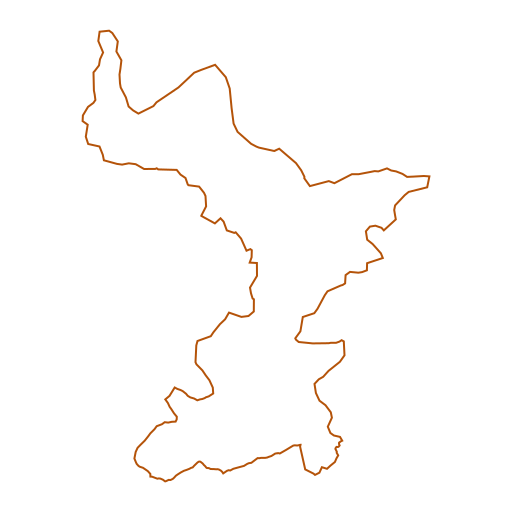 Buruku, Benue, Nigeria
{"feature_id": "59680162B99039921741080", "entity_name": "Buruku", "entity_type": "district", "adm_level": 2, "iso_a3": "NGA", "parent_name": "Nigeria", "parent_adm1": "Benue", "projection": "orthographic", "projection_center": [9.166, 7.36], "detail": "fine", "context": "isolated", "style": "outline", "palette": "amber", "viewbox_px": 512, "rotation_deg": 0, "n_neighbors": 0, "source": "geoboundaries", "source_scale": "gbopen_adm2", "svg_char_len": 3948}
<svg xmlns="http://www.w3.org/2000/svg" viewBox="0 0 512 512"><path d="M342.2,440.7L340.0,436.9L333.9,435.5L330.4,433.0L327.8,426.7L331.9,417.7L330.8,412.3L325.5,405.2L319.5,400.7L315.9,393.0L314.5,383.9L318.8,379.3L323.2,376.8L328.5,370.9L339.9,361.8L344.5,355.3L343.8,341.4L341.6,340.2L339.5,341.6L336.1,342.8L330.8,342.8L328.8,343.2L312.7,343.4L298.7,342.0L295.9,339.6L295.3,338.3L300.4,331.3L302.8,317.0L314.3,313.2L317.5,308.8L324.8,295.2L327.5,291.3L340.8,285.5L342.6,285.0L345.1,283.4L345.6,275.1L350.0,271.9L358.4,272.7L362.1,272.1L366.9,270.3L367.1,263.2L382.8,258.0L380.9,253.3L372.7,244.1L367.2,239.7L365.9,231.3L369.9,226.6L375.4,225.7L381.5,227.8L383.8,230.4L395.8,219.4L395.0,214.9L394.2,210.0L395.1,205.4L404.7,195.2L408.7,191.9L427.2,187.3L429.4,176.4L423.9,176.0L413.3,176.6L407.1,176.9L402.5,173.9L396.1,171.4L391.2,170.5L387.0,168.4L378.3,171.4L374.6,171.1L370.7,171.9L358.6,174.2L351.9,174.2L334.4,183.2L328.8,181.1L309.9,186.1L304.3,178.3L304.4,176.7L301.2,170.3L296.0,163.1L279.2,148.7L274.2,151.0L258.9,147.6L256.4,146.6L251.1,143.8L237.6,131.9L233.6,123.6L231.6,108.1L229.7,88.5L225.8,77.2L215.1,64.8L201.2,69.9L194.2,72.7L178.4,87.5L156.5,102.3L153.4,106.1L138.4,113.6L133.1,110.4L128.6,106.5L125.9,97.4L120.7,87.5L120.0,83.4L119.5,74.5L120.4,68.7L121.4,60.3L116.4,51.5L117.8,41.4L112.3,33.0L109.1,30.7L99.6,31.7L98.3,41.0L103.1,52.5L100.0,59.3L99.0,65.4L94.5,71.3L94.1,71.6L93.5,72.4L93.9,90.5L94.7,94.6L95.4,100.0L93.4,102.9L88.0,106.9L82.9,115.4L82.6,121.1L87.7,124.7L85.8,136.7L88.2,144.0L99.5,146.5L102.8,154.8L103.9,160.3L117.0,163.9L122.1,164.6L128.8,163.3L135.7,164.2L144.1,169.0L155.3,168.9L156.7,168.3L158.2,169.4L176.7,169.9L180.5,174.6L185.5,178.0L187.7,184.3L188.4,185.2L199.1,186.6L204.0,192.8L205.5,196.0L206.1,206.4L201.3,215.7L201.3,215.9L214.9,223.4L220.5,218.3L223.6,221.6L226.8,230.4L234.3,232.9L235.7,232.3L241.1,238.6L246.5,250.7L250.3,249.1L251.8,250.2L251.6,257.3L249.7,262.6L256.9,263.0L257.0,275.9L250.0,287.6L251.0,293.3L252.6,298.5L253.9,299.3L253.8,311.5L248.5,316.0L241.4,316.9L229.0,312.6L225.1,319.3L223.1,321.2L220.0,324.1L213.4,332.3L210.8,336.2L197.5,341.0L196.3,345.4L195.5,362.2L196.5,364.4L202.4,370.4L205.6,375.2L209.4,380.2L212.8,387.6L213.2,393.5L208.7,396.4L205.9,397.3L204.7,398.1L202.3,399.0L200.0,399.4L197.3,400.3L194.1,398.5L190.3,397.4L187.7,395.8L186.1,393.8L182.7,391.1L180.5,390.0L177.3,388.9L174.7,387.5L169.5,395.9L165.3,399.4L167.9,403.0L169.7,406.9L171.1,408.8L174.0,413.3L176.8,416.7L176.7,419.4L175.6,421.6L171.8,421.8L168.2,422.6L164.7,422.2L162.0,424.2L156.7,426.2L154.5,429.2L150.4,433.3L148.2,436.3L144.7,440.7L140.5,444.8L137.6,447.8L135.7,451.9L134.4,458.5L135.9,462.2L136.7,463.9L138.5,465.9L139.7,466.7L143.0,467.8L147.8,471.1L150.3,473.9L150.4,476.6L152.1,476.7L155.0,477.8L157.4,478.7L158.8,478.4L160.4,478.6L162.9,479.7L165.0,481.3L165.6,481.3L167.0,480.7L168.6,479.9L170.5,480.0L172.8,478.9L174.2,477.6L175.9,475.7L177.6,474.5L180.9,472.4L183.9,470.8L186.6,469.9L189.4,468.8L191.0,467.9L192.7,467.4L194.1,465.8L197.6,462.4L199.0,461.6L200.1,461.6L200.8,462.0L202.7,463.5L203.9,465.0L205.2,466.2L206.3,467.6L206.9,468.0L208.8,468.1L210.6,469.0L214.1,469.1L216.4,469.3L217.7,469.2L219.1,469.6L221.0,470.7L222.2,471.9L223.2,473.4L227.0,470.8L228.7,470.2L230.2,470.5L233.3,468.8L239.1,467.2L244.0,465.9L247.2,463.9L248.8,463.2L251.4,462.8L253.1,461.5L257.6,458.1L259.2,458.2L260.9,457.9L262.9,457.9L265.0,457.9L267.3,457.5L268.4,457.0L271.4,456.0L274.1,454.3L274.7,453.8L276.4,453.3L277.4,453.3L277.9,453.1L278.8,453.2L279.8,453.5L286.1,449.9L290.7,447.1L293.2,445.6L294.7,445.3L297.1,445.5L298.0,445.4L300.2,444.8L300.5,444.8L300.1,446.7L305.2,469.4L313.5,473.6L315.0,474.9L319.4,472.7L321.9,467.2L327.0,468.8L330.6,465.5L334.9,462.0L336.5,458.3L338.2,455.4L336.7,452.8L336.8,451.7L335.4,448.9L335.6,448.1L336.5,446.9L337.7,447.0L338.5,446.8L339.6,445.5L339.0,443.9L339.1,442.6L341.1,441.2L342.2,440.7Z" fill="none" stroke="#b45309" stroke-width="2"/></svg>